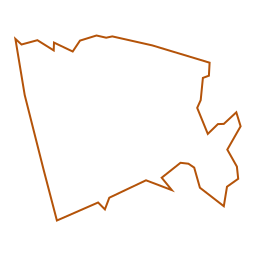 Baldwin, Georgia, United States of America (orthographic projection)
{"feature_id": "52423323B1932057307983", "entity_name": "Baldwin", "entity_type": "district", "adm_level": 2, "iso_a3": "USA", "parent_name": "United States of America", "parent_adm1": "Georgia", "projection": "orthographic", "projection_center": [-83.204, 33.058], "detail": "fine", "context": "isolated", "style": "outline", "palette": "amber", "viewbox_px": 256, "rotation_deg": 0, "n_neighbors": 0, "source": "geoboundaries", "source_scale": "gbopen_adm2", "svg_char_len": 591}
<svg xmlns="http://www.w3.org/2000/svg" viewBox="0 0 256 256"><path d="M223.8,206.2L227.0,186.7L238.2,178.8L236.9,166.6L227.3,149.6L240.6,126.3L236.3,112.3L223.8,123.9L217.9,124.1L207.8,133.9L197.2,107.9L200.7,100.1L202.9,77.9L208.9,75.7L209.6,62.7L152.3,45.4L112.3,36.4L106.2,37.7L96.5,35.5L80.0,40.6L72.7,51.5L54.0,42.6L53.7,50.4L37.4,40.2L21.5,44.5L15.4,38.9L24.7,95.0L35.7,138.5L43.7,170.1L56.9,220.5L98.1,202.5L104.9,209.4L109.3,197.7L146.0,180.3L171.8,190.1L161.7,177.7L180.5,162.8L188.4,163.7L194.2,167.6L199.9,187.7L223.8,206.2Z" fill="none" stroke="#b45309" stroke-width="2"/></svg>